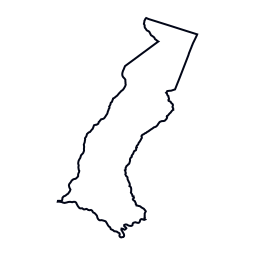 Jateí, Mato Grosso do Sul, Brazil, rotated 87°
{"feature_id": "56859067B80229786226061", "entity_name": "Jateí", "entity_type": "district", "adm_level": 2, "iso_a3": "BRA", "parent_name": "Brazil", "parent_adm1": "Mato Grosso do Sul", "projection": "natural_earth1", "projection_center": [-53.858, -22.712], "detail": "fine", "context": "isolated", "style": "outline", "palette": "ink", "viewbox_px": 256, "rotation_deg": 87, "n_neighbors": 0, "source": "geoboundaries", "source_scale": "gbopen_adm2", "svg_char_len": 5992}
<svg xmlns="http://www.w3.org/2000/svg" viewBox="0 0 256 256"><g transform="rotate(87 128 128)"><path d="M38.1,54.0L34.0,65.0L27.7,81.7L20.2,101.9L19.1,104.1L19.9,104.9L20.9,105.4L21.8,106.0L22.7,106.1L23.9,106.4L24.9,106.7L25.6,106.3L26.4,106.0L27.5,106.1L28.7,105.9L29.5,105.3L30.5,104.7L31.4,104.2L31.9,103.4L32.4,102.4L33.2,101.6L34.0,101.3L34.9,100.8L35.7,100.6L36.6,100.1L37.2,99.2L37.9,98.3L38.5,97.5L39.5,96.8L40.6,96.4L41.8,94.9L42.7,94.0L43.2,93.2L66.0,127.7L66.8,128.1L67.6,128.5L69.4,129.3L70.4,129.9L71.2,130.2L72.0,130.5L72.7,130.7L73.7,130.9L75.0,130.9L76.1,130.6L77.0,130.1L78.0,129.2L78.8,128.6L79.7,128.1L81.0,128.2L82.3,128.1L83.2,128.2L84.5,128.0L85.4,128.3L86.6,128.9L87.3,129.4L88.3,130.0L89.0,130.6L89.7,131.2L90.8,132.9L91.3,133.4L92.0,134.1L92.7,134.9L94.0,136.1L94.9,136.9L95.6,137.8L96.2,138.8L96.7,139.3L97.3,140.3L97.8,141.4L98.5,141.5L99.3,142.0L100.2,142.3L101.3,142.9L101.8,143.8L102.5,144.1L103.6,144.3L104.7,145.0L105.7,145.7L106.3,145.4L107.3,145.6L108.1,146.3L109.2,146.6L110.1,147.1L110.9,147.4L111.7,147.6L112.7,148.0L113.5,148.6L114.1,149.1L115.0,149.7L115.9,150.4L116.6,150.9L117.4,151.9L117.7,153.0L117.9,154.4L118.7,155.0L119.2,155.7L120.0,156.1L120.5,156.9L121.4,157.2L122.2,157.5L122.6,158.4L123.1,159.1L123.1,160.3L123.5,161.8L124.4,162.2L125.2,162.5L125.9,162.8L127.1,163.4L127.8,164.3L128.5,164.8L129.1,165.4L130.0,166.2L130.3,167.3L130.7,167.9L131.3,168.6L131.9,169.3L132.9,169.6L134.0,170.0L134.8,170.5L135.4,171.1L136.1,171.5L137.2,171.4L138.6,171.8L139.6,171.9L140.9,172.4L142.3,173.0L144.2,172.8L145.4,172.9L146.3,173.1L147.5,173.1L148.4,173.1L149.3,173.5L150.3,173.9L151.0,174.4L151.7,175.2L152.3,175.8L152.8,176.3L153.8,176.7L154.8,177.0L155.5,177.3L156.3,177.9L156.9,178.3L157.9,178.9L158.8,179.2L159.7,179.4L160.6,179.6L161.6,179.5L162.6,179.2L163.3,179.3L164.0,179.5L164.8,179.6L165.8,179.5L166.9,179.4L167.5,179.3L168.2,178.9L169.1,179.1L169.7,179.3L170.5,179.8L171.4,180.1L172.2,180.3L173.4,180.3L174.4,181.0L175.0,181.8L175.6,182.4L176.0,183.2L176.1,184.2L176.4,185.4L177.0,186.1L177.5,187.0L178.3,187.4L179.7,188.5L180.5,189.3L181.2,189.7L182.0,190.0L183.0,189.9L184.2,189.7L185.4,189.2L186.4,188.7L187.4,189.1L188.5,189.6L189.2,190.4L190.1,190.9L190.7,191.6L191.2,192.6L191.7,193.2L192.2,193.9L192.6,194.8L192.9,195.8L193.4,196.3L194.1,197.0L194.9,197.2L195.8,197.3L196.8,197.7L197.3,198.1L197.3,199.0L197.2,199.9L197.1,200.7L197.1,201.8L197.9,202.0L197.9,200.8L198.2,199.3L198.5,198.0L199.1,196.8L199.5,195.4L199.4,194.5L199.1,192.8L198.8,191.6L198.7,190.5L198.7,189.7L198.9,188.7L199.2,187.6L198.9,186.7L198.9,185.7L199.0,184.8L199.8,183.7L200.9,183.3L201.8,182.9L203.1,182.3L203.9,181.8L204.7,181.2L205.5,180.6L205.8,179.5L205.8,177.9L206.9,176.6L207.0,175.8L206.9,175.0L206.6,173.9L206.9,173.1L207.4,172.5L207.8,171.9L208.1,170.6L207.9,169.3L208.7,168.1L209.7,167.7L210.6,167.1L211.1,166.0L211.9,165.2L213.7,163.8L214.4,163.5L215.3,163.4L216.4,163.1L217.2,162.7L218.0,162.1L218.6,161.3L218.7,160.2L218.6,159.4L218.9,158.2L219.4,156.8L220.0,155.3L220.9,154.7L222.2,154.0L223.7,153.3L224.4,152.9L225.3,152.3L226.2,151.1L227.3,150.7L228.1,150.5L228.6,149.6L229.1,148.5L230.4,147.1L230.6,145.7L230.9,144.6L231.7,143.7L232.2,142.7L232.8,142.0L233.8,141.8L234.5,142.1L235.3,142.2L236.3,141.7L236.9,140.6L236.7,139.6L236.6,138.4L235.9,137.7L235.2,137.5L234.1,137.6L233.2,137.9L232.6,138.3L231.7,138.7L230.5,139.3L229.3,140.0L228.1,139.7L228.4,138.4L228.9,137.7L229.4,136.7L228.9,135.7L228.0,134.9L227.2,135.4L226.5,136.3L225.6,137.0L224.6,136.8L224.2,135.5L224.3,134.5L224.6,133.8L225.1,133.2L225.6,132.2L225.9,130.9L225.9,129.6L225.4,128.7L224.6,128.5L223.8,128.3L223.0,127.7L222.7,126.7L222.5,125.6L222.8,124.7L223.1,123.8L223.3,122.8L223.1,122.0L222.4,121.3L221.2,120.8L220.2,120.4L219.7,119.5L219.8,118.5L220.3,117.6L220.6,116.6L220.2,115.5L219.4,116.2L218.8,116.4L218.0,115.8L216.8,116.1L215.9,115.8L215.2,115.9L214.2,115.8L213.0,115.1L212.1,114.6L211.0,115.3L210.1,116.0L209.5,116.4L208.4,118.1L208.0,118.8L207.3,119.4L206.7,120.3L206.4,121.5L206.0,122.6L205.8,123.6L205.1,123.7L204.5,124.2L203.6,124.1L202.7,124.6L201.7,124.8L201.1,125.4L200.4,126.4L199.3,126.9L198.6,126.2L198.0,125.7L197.3,126.0L196.6,126.0L196.5,126.9L195.9,127.2L195.1,127.2L194.1,127.6L193.4,128.1L192.6,128.5L191.7,128.2L190.5,128.1L189.6,128.0L188.7,128.0L187.5,128.2L186.7,128.7L186.1,129.6L185.2,129.2L184.1,129.2L183.2,129.4L182.5,129.7L181.5,130.2L180.5,130.5L179.7,130.9L179.0,131.1L178.0,131.1L177.2,131.1L176.4,131.7L175.8,132.4L175.0,132.7L174.0,133.1L172.9,132.5L171.8,132.9L170.9,132.9L170.0,133.3L169.5,132.5L167.8,132.5L166.9,132.0L165.8,131.4L165.3,130.5L164.5,129.9L164.0,129.0L163.5,128.6L162.6,128.3L161.6,127.9L160.3,127.6L159.4,127.7L158.7,127.4L158.0,127.0L157.5,126.3L156.9,125.7L156.2,125.9L155.5,125.5L154.9,125.1L154.0,124.2L152.9,123.8L151.9,123.3L151.1,122.7L151.0,121.9L150.5,121.2L149.5,120.9L148.3,121.0L147.9,120.2L147.1,120.5L146.2,120.1L145.5,119.3L144.9,118.7L144.3,118.5L143.6,118.2L143.0,117.8L142.2,117.0L141.1,116.3L140.2,115.7L139.4,115.3L138.6,114.7L137.6,114.7L136.9,115.0L136.0,114.5L135.4,113.6L134.9,112.4L134.2,111.4L133.7,110.0L133.0,109.2L132.6,108.3L132.3,107.6L131.7,106.9L131.2,106.0L130.4,104.8L129.9,103.8L129.3,102.9L128.8,102.3L128.6,101.5L128.2,100.2L127.4,99.1L126.2,98.0L125.3,97.5L124.7,96.9L124.0,96.4L123.5,95.8L123.2,94.9L122.9,94.0L122.9,92.9L122.9,91.8L122.5,90.7L121.7,89.9L120.7,88.9L119.7,88.4L118.7,88.7L118.0,88.4L117.6,87.4L117.0,86.9L116.4,86.4L115.6,85.6L114.9,84.7L113.3,83.4L112.6,82.6L112.2,81.8L111.4,82.0L110.7,81.8L109.9,82.3L109.2,82.5L108.1,82.0L106.9,82.0L106.1,82.5L105.6,83.3L104.9,83.6L103.9,84.2L103.5,85.1L103.0,86.0L102.1,86.2L101.3,85.5L100.4,85.6L99.5,85.9L98.2,86.0L97.6,86.7L96.6,87.1L95.6,87.3L94.8,88.1L94.2,87.4L93.2,86.9L93.1,85.9L93.0,84.6L93.0,83.0L91.9,79.0L85.8,76.2L84.1,75.4L80.4,73.7L58.3,63.8L56.3,63.1L55.3,62.6L52.0,61.1L50.8,60.5L49.1,59.8L48.2,59.3L47.0,58.8L42.9,56.5L39.4,54.6L38.1,54.0Z" fill="none" stroke="#020617" stroke-width="2"/></g></svg>